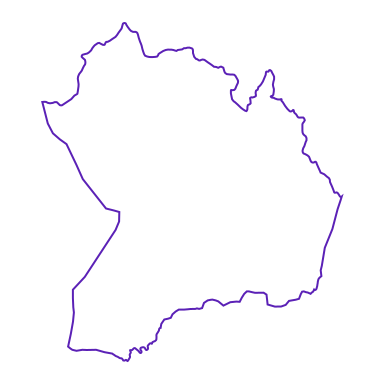 Xiengkhor, Houaphan, Laos
{"feature_id": "54806243B48324758526346", "entity_name": "Xiengkhor", "entity_type": "district", "adm_level": 2, "iso_a3": "LAO", "parent_name": "Laos", "parent_adm1": "Houaphan", "projection": "equal_earth", "projection_center": [104.199, 20.825], "detail": "fine", "context": "isolated", "style": "outline", "palette": "violet", "viewbox_px": 384, "rotation_deg": 0, "n_neighbors": 0, "source": "geoboundaries", "source_scale": "gbopen_adm2", "svg_char_len": 5869}
<svg xmlns="http://www.w3.org/2000/svg" viewBox="0 0 384 384"><path d="M68.1,346.6L70.4,348.5L72.3,349.8L76.5,350.8L82.4,349.8L86.6,350.0L96.1,349.8L104.6,352.2L112.3,353.6L113.3,354.4L114.2,354.9L115.1,355.6L115.9,356.1L116.9,356.5L117.7,356.8L119.6,358.0L120.2,358.2L121.0,358.3L121.5,358.3L121.9,358.5L122.3,359.0L122.8,359.6L123.2,360.4L124.1,360.6L124.7,360.5L125.5,360.1L125.9,359.9L126.3,360.0L127.4,361.0L127.7,360.9L128.1,360.5L129.8,357.6L130.0,357.0L130.0,356.4L129.8,355.5L129.7,354.9L129.9,354.2L130.3,353.5L130.7,352.8L130.8,352.2L130.6,351.7L130.2,350.8L130.1,350.3L130.6,350.1L131.2,350.2L131.9,350.1L132.4,349.8L133.7,348.4L134.4,348.1L135.1,348.2L138.4,350.9L139.0,351.6L139.5,352.4L140.0,352.8L140.5,353.0L141.1,352.8L141.4,352.4L141.5,351.9L141.5,351.4L141.3,350.9L140.8,350.2L140.5,349.6L140.4,349.0L140.4,348.5L140.6,348.2L140.9,347.8L142.0,347.4L143.0,347.2L143.8,347.3L144.5,347.7L144.9,348.1L145.6,349.4L146.1,349.9L146.5,350.0L146.9,349.9L147.4,349.6L147.9,349.0L148.0,348.4L148.0,347.9L147.8,347.0L147.7,346.3L147.8,345.8L148.0,345.4L148.6,344.8L149.2,344.1L149.8,343.5L150.3,343.3L151.0,343.3L151.8,343.7L152.0,343.5L152.4,342.3L152.6,342.1L154.1,341.4L154.8,341.2L155.4,340.7L156.0,340.2L156.3,339.6L156.4,339.1L156.5,336.9L156.4,335.1L156.7,334.1L157.0,333.6L157.9,332.3L158.3,331.5L158.8,330.8L159.0,330.2L159.1,329.3L159.3,328.7L159.7,328.2L160.2,327.9L160.6,327.9L161.3,323.9L164.3,319.5L168.0,318.7L170.8,317.8L172.5,314.3L175.7,311.5L178.8,309.6L184.0,309.6L187.6,309.3L190.4,309.0L195.4,308.9L196.9,308.4L199.1,308.9L202.1,308.1L203.2,305.1L204.0,302.9L207.7,300.4L210.7,299.8L212.4,299.6L215.7,300.4L218.3,301.4L223.4,305.6L230.3,302.2L236.3,301.6L239.7,301.8L241.8,297.7L244.2,293.9L246.8,291.4L248.9,291.4L252.2,292.2L255.0,292.8L263.6,292.7L266.5,294.6L267.1,299.8L267.6,304.5L274.9,306.6L281.2,306.5L285.7,304.9L289.0,300.9L295.8,299.7L299.0,298.8L300.8,294.1L302.1,291.7L303.8,291.4L306.0,292.2L307.7,292.5L310.6,293.8L311.4,292.9L312.0,292.4L312.9,291.8L313.2,291.5L314.1,289.6L314.5,290.1L315.4,289.9L316.0,289.5L316.5,288.7L316.8,287.5L317.2,286.1L317.4,284.6L317.7,283.0L317.8,281.8L318.1,280.5L318.4,279.3L319.0,278.3L319.8,277.5L321.4,276.1L320.7,270.3L321.8,265.9L324.8,247.8L332.4,229.0L337.6,209.2L340.6,200.2L341.7,196.6L341.0,197.2L339.9,196.4L338.9,194.7L337.7,193.0L336.7,192.4L335.4,192.7L334.6,192.7L334.2,192.3L333.6,190.5L332.1,186.7L330.7,183.6L330.0,182.0L329.8,179.7L328.9,178.1L327.0,176.7L324.3,174.3L322.4,173.4L320.6,172.6L320.0,171.1L318.3,167.4L316.6,163.5L316.4,162.6L315.7,161.8L315.0,161.8L313.8,162.5L312.4,162.5L311.5,162.1L310.6,160.8L309.7,158.4L309.0,156.7L307.5,155.4L305.9,154.5L304.7,153.9L303.6,153.5L302.9,152.6L302.6,151.5L302.6,150.4L303.2,148.3L304.4,146.0L305.2,143.5L305.8,141.7L306.5,140.3L306.5,139.2L306.5,138.2L306.2,137.3L305.6,136.2L304.4,135.3L303.3,134.2L302.6,132.7L302.4,130.6L302.4,126.9L302.4,124.4L302.7,123.4L304.0,121.7L304.8,120.2L304.1,118.4L303.1,117.5L299.1,117.6L298.3,117.4L297.5,116.6L296.7,115.2L295.9,114.1L295.2,113.5L294.7,113.1L294.1,112.3L293.9,111.1L293.5,110.1L293.1,110.0L292.1,111.0L290.8,111.5L289.7,111.2L287.4,108.9L285.1,105.9L282.8,102.2L281.7,101.0L281.4,100.6L281.5,100.1L281.6,99.7L281.4,99.2L280.8,99.2L279.5,99.5L277.5,99.4L275.1,98.6L273.7,97.8L272.6,97.7L271.7,97.5L270.9,96.8L270.8,96.5L271.1,96.2L272.5,95.7L273.3,94.7L273.8,91.3L273.9,89.1L273.2,86.5L272.9,84.7L273.4,81.8L274.1,79.3L274.1,76.7L273.4,75.1L272.2,72.9L271.3,71.0L270.1,70.1L269.4,70.1L268.4,71.6L266.5,71.6L266.2,71.8L265.9,72.9L265.7,74.8L264.4,77.9L262.9,81.5L261.0,84.5L259.4,86.3L258.5,86.9L258.3,87.4L257.7,89.6L256.1,90.6L255.8,91.5L255.6,93.0L255.9,94.8L255.9,95.6L255.7,96.2L254.2,97.0L252.3,97.5L251.5,97.3L250.8,97.5L250.2,97.9L250.1,98.7L250.4,100.0L250.6,102.6L250.6,103.4L249.9,104.1L248.7,104.7L248.0,105.0L247.5,106.3L247.4,108.2L247.3,109.6L246.8,110.7L246.4,111.1L245.1,110.7L242.8,109.2L241.0,107.8L237.7,104.6L235.0,102.2L233.7,101.3L232.1,99.3L231.5,96.4L230.9,93.4L230.9,90.6L231.2,90.0L232.5,90.2L234.3,89.9L235.3,88.8L236.6,85.6L237.9,82.9L238.1,81.1L237.6,79.7L236.7,78.1L235.5,76.0L234.3,74.8L232.6,74.5L230.1,74.5L226.8,74.1L225.3,73.1L224.5,71.8L223.3,67.7L221.9,67.0L221.0,66.6L220.0,66.9L218.2,67.8L216.3,67.0L214.9,66.8L214.1,66.8L211.9,65.1L209.6,63.5L207.8,62.3L204.5,59.9L202.7,59.5L201.2,59.9L199.9,60.5L198.7,60.3L197.4,59.3L196.0,58.9L194.2,56.8L193.5,54.6L193.0,53.1L193.0,51.1L192.8,49.4L192.1,48.5L191.0,48.1L189.3,47.6L187.3,47.7L185.6,48.2L184.0,48.2L182.1,49.4L179.2,49.8L177.8,50.0L176.5,50.9L175.2,50.6L173.4,50.0L171.6,49.7L167.9,49.6L165.7,50.0L163.2,51.0L159.5,53.3L158.5,54.1L158.0,55.5L157.0,56.6L155.1,56.9L152.0,57.1L149.3,57.0L147.1,56.5L145.1,55.7L144.1,54.1L143.2,51.6L142.4,49.0L141.6,45.6L140.8,43.4L140.1,41.8L138.8,38.0L137.9,34.5L137.3,33.0L136.6,32.3L135.7,31.9L133.1,31.9L131.1,31.0L129.7,29.6L127.7,26.9L126.4,24.9L125.8,23.5L125.1,23.1L124.2,23.0L123.0,23.6L122.6,24.8L121.6,28.5L119.8,31.0L118.6,32.6L117.2,34.8L115.5,36.9L112.3,39.0L109.9,40.7L107.7,41.8L106.3,41.9L105.7,42.4L105.2,43.6L104.5,44.8L103.1,44.9L101.4,44.1L99.2,42.9L97.7,43.2L94.7,45.3L93.8,46.3L92.4,48.1L91.1,50.4L89.0,52.4L87.3,53.5L84.5,54.2L82.5,54.8L81.9,55.5L81.7,56.1L81.7,56.8L82.5,57.7L84.9,59.8L85.3,61.2L85.4,62.9L85.1,64.4L84.0,65.9L82.8,68.3L81.8,70.6L80.7,72.1L79.8,73.2L79.2,74.0L78.6,75.3L78.1,76.6L77.8,78.7L78.6,84.2L78.5,86.4L77.8,91.4L77.4,93.7L77.0,94.1L74.4,95.6L71.3,99.1L63.0,104.6L62.3,105.1L61.8,105.3L60.6,105.3L59.8,105.1L58.2,103.5L57.1,102.4L56.3,102.1L54.8,102.1L52.8,102.9L51.4,103.1L50.0,103.3L47.9,102.9L46.0,101.9L44.1,101.8L42.3,102.0L47.8,123.5L52.9,133.3L59.9,139.4L66.5,144.1L76.4,164.8L82.8,179.1L106.0,208.5L113.6,210.4L119.3,212.0L119.1,221.5L115.6,229.9L84.8,276.9L72.9,289.7L72.9,298.1L73.3,307.3L73.9,312.5L73.0,321.7L70.8,334.0L68.1,346.6Z" fill="none" stroke="#5b21b6" stroke-width="2"/></svg>